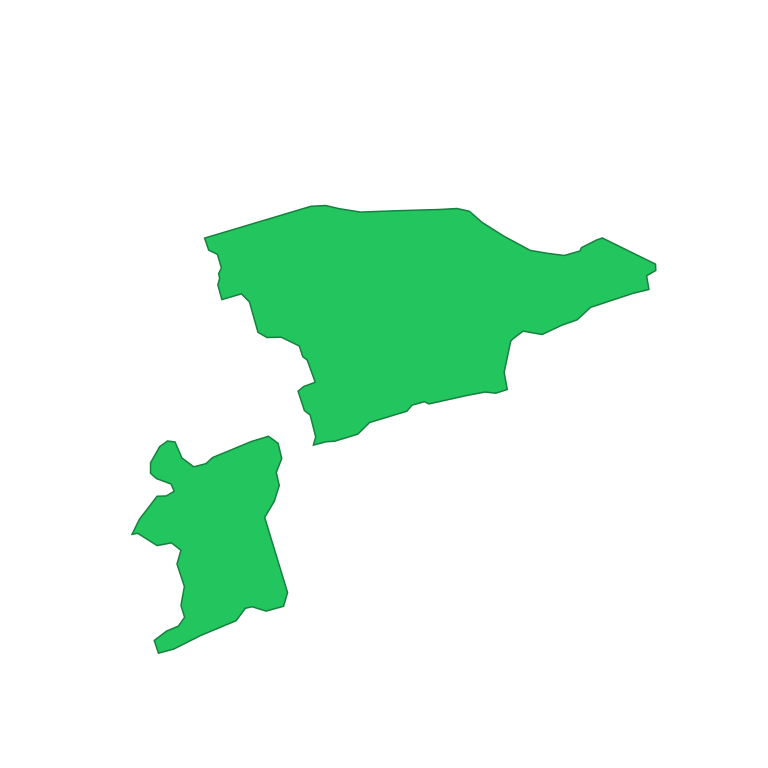 Magaria, Zinder, Niger (orthographic projection), rotated 163°
{"feature_id": "23599985B72934105448405", "entity_name": "Magaria", "entity_type": "district", "adm_level": 2, "iso_a3": "NER", "parent_name": "Niger", "parent_adm1": "Zinder", "projection": "orthographic", "projection_center": [9.055, 13.224], "detail": "fine", "context": "isolated", "style": "filled", "palette": "green", "viewbox_px": 768, "rotation_deg": 163, "n_neighbors": 0, "source": "geoboundaries", "source_scale": "gbopen_adm2", "svg_char_len": 1525}
<svg xmlns="http://www.w3.org/2000/svg" viewBox="0 0 768 768"><g transform="rotate(163 384 384)"><path d="M89.3,419.2L132.5,459.8L138.5,459.6L155.2,456.7L157.8,453.9L174.0,454.2L189.7,461.3L205.2,469.1L226.4,490.6L243.0,509.9L251.8,524.2L262.9,530.5L279.7,534.6L318.7,545.3L334.8,549.6L356.0,555.2L375.5,564.7L387.5,571.7L401.9,575.3L512.9,576.0L512.5,563.3L505.4,556.6L505.6,542.5L510.0,537.8L510.2,533.3L513.9,527.4L514.4,512.1L494.0,511.9L488.7,501.8L489.4,470.3L482.4,462.7L468.6,458.8L453.9,445.1L453.7,433.9L450.4,429.2L449.7,415.0L449.3,405.8L461.5,405.1L468.3,402.2L467.9,381.9L463.7,375.9L464.8,353.4L469.4,346.2L456.3,345.7L448.0,343.7L423.7,343.7L409.0,351.4L370.1,351.3L363.3,355.6L350.4,355.2L346.9,351.8L308.1,348.8L289.8,346.8L279.7,342.5L267.7,342.7L265.7,360.0L250.3,387.9L247.7,389.4L235.6,393.9L218.3,385.1L197.1,388.2L180.5,388.9L164.0,396.9L120.0,397.9L103.0,397.0L101.2,410.7L90.9,413.1L89.3,419.2ZM678.7,205.9L678.4,192.5L662.5,192.0L632.9,197.1L594.6,200.9L582.1,210.0L575.3,209.6L563.2,201.3L545.0,200.8L537.2,212.8L537.1,291.3L523.3,303.8L513.8,317.6L512.9,330.9L503.6,342.6L502.6,358.3L509.8,367.8L527.8,367.8L569.4,363.8L577.5,359.9L590.1,360.4L598.9,372.4L600.8,389.7L607.7,392.8L616.8,389.7L630.3,376.9L633.4,366.9L629.3,360.1L616.9,350.6L616.0,342.8L625.0,340.6L633.8,343.0L657.5,326.1L668.9,313.9L663.2,313.2L648.2,295.8L633.7,294.2L626.8,284.4L634.6,272.4L634.1,248.7L642.9,231.6L642.9,219.2L651.4,212.6L664.2,211.3L678.7,205.9Z" fill="#22c55e" stroke="#15803d" stroke-width="1.5"/></g></svg>